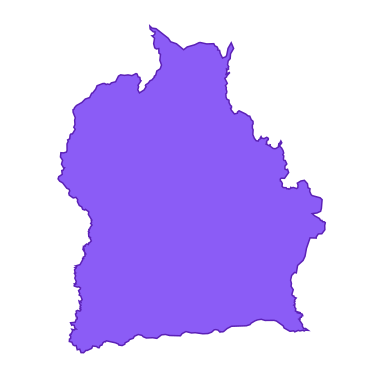 outline of Atebubu Amantin, Brong Ahafo, Ghana, rotated 92°
{"feature_id": "2480657B7685147466351", "entity_name": "Atebubu Amantin", "entity_type": "district", "adm_level": 2, "iso_a3": "GHA", "parent_name": "Ghana", "parent_adm1": "Brong Ahafo", "projection": "orthographic", "projection_center": [-1.011, 7.728], "detail": "fine", "context": "isolated", "style": "filled", "palette": "violet", "viewbox_px": 384, "rotation_deg": 92, "n_neighbors": 0, "source": "geoboundaries", "source_scale": "gbopen_adm2", "svg_char_len": 5964}
<svg xmlns="http://www.w3.org/2000/svg" viewBox="0 0 384 384"><g transform="rotate(92 192 192)"><path d="M79.3,248.1L78.8,249.9L76.0,251.0L75.6,252.1L77.8,256.1L77.2,260.0L77.8,263.5L77.4,267.4L78.7,269.5L84.5,272.2L85.7,276.4L87.4,278.0L87.0,280.5L87.6,281.6L86.6,283.0L86.7,284.9L89.1,290.6L92.5,291.8L96.5,294.7L96.8,295.7L101.2,297.6L102.8,301.9L106.3,305.1L109.6,310.5L111.9,312.4L113.1,312.6L113.9,313.8L116.5,313.6L122.0,311.2L124.3,311.8L128.7,311.3L131.4,312.4L133.4,310.9L138.0,313.5L138.3,315.1L139.3,315.8L143.1,316.1L144.3,318.1L145.5,317.5L148.3,318.6L154.7,318.3L156.5,318.9L157.4,321.8L157.3,324.4L161.6,324.7L164.8,322.4L168.7,323.4L172.3,321.2L172.3,320.3L174.9,321.8L175.1,322.9L178.9,322.3L181.3,325.7L183.6,326.3L185.8,324.6L187.4,321.6L192.6,317.3L193.6,314.9L195.2,314.2L197.4,315.1L199.4,314.6L202.1,310.5L201.4,307.8L203.5,306.0L205.6,306.2L209.4,304.2L210.7,301.7L213.1,300.7L213.8,298.5L213.1,297.8L215.4,294.5L218.0,294.8L223.5,291.2L223.7,291.7L225.9,291.3L226.9,292.2L228.5,290.8L231.1,292.6L232.2,292.7L233.0,293.8L234.2,293.5L234.9,294.2L236.2,293.3L236.6,294.0L240.0,293.6L240.3,292.8L241.2,292.9L241.2,291.9L242.3,292.0L244.4,290.9L246.4,292.7L246.5,293.4L248.1,293.7L247.6,295.4L249.1,297.1L249.8,296.9L250.1,298.6L251.7,298.2L251.7,298.8L252.8,298.9L252.8,298.2L253.8,297.6L254.4,297.7L254.2,298.3L257.5,296.1L257.6,296.9L259.7,296.6L261.0,298.4L262.2,298.0L262.3,299.0L263.6,298.9L268.5,301.4L269.9,305.7L270.4,304.6L271.5,305.1L271.7,306.2L272.3,305.4L273.9,306.7L276.4,306.0L277.1,306.5L277.2,305.9L277.5,306.4L279.9,305.4L282.1,306.1L285.7,304.5L287.4,305.3L287.7,304.9L287.9,306.2L288.5,305.6L289.2,306.5L290.1,306.4L291.0,303.3L290.7,301.9L291.7,300.1L292.8,300.2L294.5,301.9L295.0,301.5L294.8,301.1L295.4,301.6L297.3,300.6L298.9,301.2L299.8,299.6L303.5,298.0L305.1,299.6L305.8,299.3L304.9,301.1L307.5,300.4L309.0,299.0L310.0,299.9L311.4,299.2L312.0,300.0L312.9,299.1L313.1,299.7L314.4,299.2L315.0,300.0L314.3,302.3L315.1,303.6L317.2,303.2L318.0,304.2L320.9,303.3L321.2,302.3L322.9,302.3L323.1,303.2L326.3,304.3L326.9,308.8L329.4,307.6L329.0,306.8L329.4,305.0L331.8,304.5L333.0,303.0L333.1,304.2L333.9,304.6L333.4,307.3L334.9,306.4L337.9,307.8L338.4,308.6L338.8,308.2L339.4,309.1L340.5,308.2L342.7,308.2L343.2,309.3L345.7,309.4L346.3,306.8L349.0,305.5L349.7,304.1L349.5,302.4L353.7,301.2L353.0,298.7L356.4,297.3L356.4,294.7L354.0,292.5L354.0,291.2L351.8,286.8L349.4,285.9L349.7,282.1L350.8,280.6L350.9,279.4L348.5,278.3L348.2,276.7L345.9,275.8L344.6,274.3L344.8,273.2L343.7,272.5L345.4,263.2L346.6,260.2L347.5,259.8L347.9,256.5L346.5,253.9L345.1,253.6L343.1,250.1L341.7,249.4L340.3,245.7L338.2,244.5L336.3,240.8L337.0,237.1L338.4,235.6L339.5,232.6L339.0,226.3L339.5,222.0L335.8,217.4L335.3,213.5L336.2,209.4L336.1,198.5L333.9,197.0L331.7,193.2L332.9,187.6L332.5,183.9L333.3,176.2L332.9,171.1L331.4,167.5L328.9,164.9L328.7,163.3L329.1,161.2L331.1,159.1L330.5,158.5L330.8,157.2L330.4,155.6L327.2,152.1L324.8,147.8L323.8,133.0L322.5,129.4L321.0,128.3L318.6,124.6L317.5,122.0L316.8,118.3L317.8,114.5L317.4,105.5L318.0,103.1L322.6,96.2L324.7,95.2L327.8,89.2L327.2,85.5L328.2,84.4L326.6,81.0L327.1,79.3L326.3,76.2L327.0,75.1L326.1,73.7L326.2,71.1L324.4,73.7L324.5,75.7L322.3,77.0L320.6,77.0L316.5,80.0L315.9,79.7L315.3,80.7L314.8,79.6L313.6,79.5L313.3,78.3L312.2,78.2L311.8,77.0L310.3,77.5L309.5,79.7L308.8,79.6L308.4,81.1L309.3,81.1L308.9,82.7L308.0,82.6L307.3,84.5L304.8,84.2L303.8,85.3L301.5,85.4L301.4,86.1L300.3,85.1L298.7,85.9L297.6,85.3L297.3,85.8L296.0,85.5L294.3,84.2L293.6,86.1L292.4,86.6L292.1,88.0L290.8,88.6L286.1,87.4L282.8,89.7L280.0,89.4L276.7,90.4L271.9,89.5L268.8,86.7L269.2,84.9L261.7,83.9L256.5,78.6L252.3,76.8L244.2,75.6L233.7,72.4L233.7,66.2L232.5,66.2L229.5,64.3L229.2,60.8L225.1,57.9L220.9,58.2L218.0,57.7L217.1,58.9L217.1,60.6L215.9,61.1L215.9,62.5L214.0,63.7L211.5,68.7L209.4,71.1L208.6,66.3L206.8,62.8L203.9,62.1L195.1,61.7L193.3,63.7L191.4,71.8L190.4,72.9L187.2,74.4L184.6,74.2L183.7,76.2L179.7,76.9L176.4,80.1L177.2,83.6L179.5,87.1L181.4,86.3L184.0,86.4L184.9,87.5L183.9,91.1L184.5,92.6L183.9,93.4L185.3,94.1L185.8,95.3L185.3,95.9L185.5,97.3L184.4,98.1L184.4,100.9L183.1,102.2L180.3,102.0L178.2,103.2L178.0,104.0L176.1,104.3L175.1,103.4L175.1,100.0L169.2,96.1L166.0,97.3L166.5,98.3L165.7,100.0L162.9,100.0L160.7,98.2L157.3,99.9L157.2,101.2L156.1,101.8L152.8,101.5L151.5,102.6L149.9,101.7L147.4,102.5L144.9,104.0L143.0,106.2L139.7,104.0L137.9,105.0L140.1,106.0L140.6,106.9L144.0,107.3L145.6,109.7L145.8,111.0L145.6,112.6L143.9,114.9L143.0,115.6L141.4,115.4L143.1,116.3L141.5,119.6L140.5,118.9L139.5,119.4L137.6,118.5L137.1,117.6L135.7,117.6L134.7,119.2L136.1,121.8L135.8,124.0L134.2,124.9L135.6,125.7L136.2,125.3L137.3,127.0L138.8,127.6L138.5,129.7L136.1,131.6L132.5,133.2L127.7,133.1L126.0,133.9L122.9,134.0L121.8,133.3L119.2,133.5L117.7,135.3L114.2,136.9L114.0,138.6L112.2,141.0L109.2,147.8L110.5,149.3L111.7,149.4L112.5,152.4L108.6,155.7L107.0,156.4L106.6,155.5L104.9,155.5L103.8,156.8L101.4,158.1L99.0,158.2L98.0,160.4L96.0,161.3L92.7,161.6L92.0,160.9L90.4,160.7L87.9,161.5L86.4,161.3L84.6,162.3L82.2,160.5L77.2,163.2L75.8,161.5L74.5,161.1L71.7,158.7L71.3,158.9L73.0,162.0L70.8,161.4L67.9,161.8L68.5,160.6L67.8,159.7L66.5,160.2L65.6,159.6L63.6,160.9L59.7,160.4L57.4,158.5L52.5,158.3L47.1,155.4L41.5,158.0L47.2,161.0L54.1,162.1L55.7,163.0L57.0,166.2L52.6,168.6L49.5,169.4L49.1,171.3L48.0,171.0L46.1,172.0L45.1,174.3L43.0,175.4L43.5,182.4L42.3,189.0L42.5,190.2L44.8,194.5L47.2,201.9L50.1,205.3L44.4,212.7L42.6,218.6L39.1,221.2L30.0,233.7L29.6,237.7L27.6,239.9L30.6,239.5L33.3,236.3L33.3,234.5L35.4,234.6L37.1,236.1L37.3,237.4L39.6,234.8L45.1,235.5L49.2,234.3L50.3,232.6L49.8,230.2L54.4,229.9L55.5,228.3L61.5,228.7L66.2,226.9L70.0,228.1L72.3,231.4L76.4,232.3L77.7,233.8L78.4,233.5L81.4,236.0L82.3,237.9L84.6,239.4L86.5,242.0L87.3,242.3L88.5,241.6L91.7,243.5L94.8,248.0L91.7,249.8L88.7,249.0L87.2,249.7L82.6,246.8L82.1,247.6L79.3,248.1Z" fill="#8b5cf6" stroke="#5b21b6" stroke-width="1.5"/></g></svg>